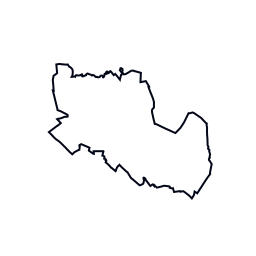 Santau, Satu Mare, Romania, rotated 49°
{"feature_id": "2599482B85959767419228", "entity_name": "Santau", "entity_type": "district", "adm_level": 2, "iso_a3": "ROU", "parent_name": "Romania", "parent_adm1": "Satu Mare", "projection": "robinson", "projection_center": [22.467, 47.514], "detail": "fine", "context": "isolated", "style": "outline", "palette": "ink", "viewbox_px": 256, "rotation_deg": 49, "n_neighbors": 0, "source": "geoboundaries", "source_scale": "gbopen_adm2", "svg_char_len": 5495}
<svg xmlns="http://www.w3.org/2000/svg" viewBox="0 0 256 256"><g transform="rotate(49 128 128)"><path d="M84.4,190.0L84.5,190.1L87.7,189.9L89.9,189.6L90.8,189.3L92.4,188.9L95.3,188.5L100.8,188.1L101.2,188.0L104.7,188.0L105.4,187.8L107.2,187.8L111.3,187.3L111.1,184.2L111.6,182.1L112.3,179.4L112.5,179.0L109.8,176.0L108.7,176.7L108.9,176.4L109.0,176.3L109.5,173.9L117.6,170.0L119.4,172.4L124.6,171.1L125.1,170.7L123.0,169.2L125.3,166.4L129.4,161.8L129.5,161.8L130.6,163.5L131.1,164.1L131.8,165.2L132.0,165.4L132.2,165.2L133.3,164.8L134.0,164.5L134.3,164.7L134.6,164.9L135.2,165.8L135.5,166.1L136.0,165.7L137.0,165.4L137.4,165.4L137.5,165.6L137.7,166.2L138.0,166.2L138.3,166.1L138.6,166.0L139.3,167.4L140.3,167.2L142.0,166.9L144.6,166.7L145.7,166.7L146.2,166.8L146.7,166.8L147.4,166.6L147.8,166.4L148.7,166.3L152.4,165.7L152.1,164.8L151.5,164.1L151.1,163.3L150.9,162.8L150.8,162.6L150.6,162.1L150.4,161.4L150.2,160.6L150.2,160.2L150.3,159.3L150.2,158.6L151.4,158.6L154.0,158.4L160.3,157.7L160.9,157.4L167.9,158.6L168.0,158.5L168.1,158.4L177.4,157.0L178.9,156.8L179.1,156.3L179.5,155.4L179.6,154.8L179.9,153.9L180.0,153.3L179.8,152.6L178.4,150.7L178.0,150.2L176.7,149.7L175.7,149.0L175.7,148.8L175.9,148.6L176.6,148.3L177.4,148.2L177.8,148.2L178.0,148.4L178.0,148.6L181.1,148.8L186.4,149.2L186.6,147.7L186.6,147.2L186.7,146.8L186.8,146.3L187.2,146.0L187.5,145.8L187.8,145.9L187.9,146.0L188.1,146.0L188.4,145.6L188.6,145.5L188.8,145.6L188.9,145.9L188.8,146.2L188.8,146.3L189.0,146.3L189.1,146.0L189.2,145.9L189.6,145.9L189.8,145.9L190.0,146.0L190.1,145.6L190.5,145.4L191.0,145.4L191.3,145.5L191.5,145.8L191.4,145.9L191.6,145.7L192.4,144.5L194.6,140.1L195.0,139.1L195.6,138.3L195.7,138.2L199.0,135.3L199.3,135.1L199.7,135.0L199.9,135.1L200.1,135.2L200.5,135.7L202.4,134.5L202.8,134.0L202.9,133.6L206.5,135.2L207.2,134.1L209.8,130.1L210.4,130.3L212.0,127.7L215.4,126.9L217.2,126.6L217.3,126.5L218.6,126.3L220.4,126.1L223.0,126.0L221.9,122.3L219.7,119.4L222.7,118.6L218.3,103.3L217.5,100.2L216.6,96.1L216.1,96.0L215.8,95.8L210.1,88.5L209.9,88.4L209.0,88.4L208.2,88.2L207.4,88.0L205.5,87.9L205.2,87.9L204.3,87.0L204.2,86.6L204.1,85.9L204.1,85.7L203.9,85.6L203.5,85.5L203.2,85.3L201.9,83.5L201.7,83.3L199.9,82.5L199.0,82.1L198.7,81.9L198.6,81.7L198.3,81.3L197.8,80.9L197.5,80.9L196.8,81.1L196.3,81.2L195.9,81.0L195.5,80.3L195.2,79.9L194.7,79.5L194.0,79.5L193.8,79.4L193.2,79.2L191.3,77.6L190.4,76.9L188.0,74.9L186.4,73.8L185.1,72.8L184.6,72.4L183.4,71.4L181.6,70.0L179.9,68.3L179.5,68.0L177.4,66.8L177.0,66.4L176.3,65.6L175.7,65.9L168.6,66.2L168.4,66.2L161.1,68.1L160.0,68.4L158.6,69.1L156.8,72.9L156.7,72.9L160.5,82.0L161.6,85.8L162.3,88.3L162.8,93.9L162.9,95.5L161.5,96.2L157.1,98.2L153.0,100.1L144.2,103.9L142.6,104.7L142.5,104.9L142.4,105.1L139.9,103.8L138.3,103.0L132.0,99.6L131.4,99.1L130.6,98.6L130.2,98.1L129.9,97.5L129.8,97.0L129.6,95.9L129.7,95.3L129.6,95.1L128.3,93.9L127.0,92.8L125.5,91.4L122.1,89.8L115.2,87.4L110.3,85.6L110.3,85.2L110.5,84.9L109.3,84.6L108.4,84.5L105.1,83.9L104.3,83.8L101.6,88.5L98.6,85.7L94.8,82.1L92.5,83.6L90.7,84.8L89.3,85.9L89.0,85.8L87.8,86.8L87.4,87.2L87.1,87.8L86.7,89.0L86.5,90.8L86.4,91.3L85.7,94.5L85.6,94.8L85.2,95.3L84.5,96.2L83.5,95.9L82.3,95.7L81.7,95.3L81.5,95.1L81.1,94.4L80.7,93.9L81.0,93.8L80.8,93.8L79.9,93.5L79.6,93.5L79.3,93.7L78.6,93.8L78.4,93.9L78.6,94.2L78.7,94.4L78.2,94.8L78.6,95.3L78.9,95.8L79.0,96.2L83.7,96.5L83.8,96.6L83.5,97.2L83.4,97.3L83.3,98.2L84.4,99.9L84.6,100.1L85.3,101.3L86.2,102.4L81.4,102.2L78.8,102.2L78.8,102.4L78.7,104.1L74.9,103.9L73.7,103.9L73.5,104.0L73.4,104.1L73.4,104.3L73.7,105.1L73.8,106.4L73.8,106.6L73.1,106.6L72.7,106.4L72.4,106.4L72.2,106.4L71.9,106.6L71.7,106.8L71.5,107.1L71.5,107.4L71.5,107.5L71.6,107.8L72.7,107.9L73.0,108.0L73.1,108.3L73.1,108.6L73.0,108.9L72.8,109.1L72.6,109.2L72.1,109.4L72.0,109.5L71.9,109.8L71.8,110.1L72.0,110.4L72.7,111.1L73.0,111.5L73.3,111.9L73.4,112.2L73.5,112.7L73.6,113.4L73.5,113.5L73.2,113.6L72.3,113.0L72.0,112.9L71.9,113.0L71.7,113.0L71.1,113.6L70.8,114.0L70.6,114.4L70.6,114.6L70.7,115.0L70.8,115.2L70.9,115.6L70.8,116.1L70.4,117.0L70.2,117.3L69.9,117.5L69.1,117.8L68.9,118.0L68.9,118.3L68.8,118.5L68.4,118.8L67.9,119.0L66.4,119.0L65.9,119.2L64.9,119.7L64.8,120.0L64.8,120.7L64.7,120.8L64.0,120.9L63.5,121.1L62.6,121.5L62.3,121.8L61.8,122.1L60.8,122.5L60.4,122.7L60.3,123.2L60.1,124.2L60.2,124.5L60.5,124.9L60.6,125.0L60.5,125.4L60.3,125.8L59.8,127.3L59.6,127.8L59.5,128.2L59.3,128.4L58.9,128.6L58.4,128.6L58.1,128.4L57.7,127.6L57.4,127.4L57.3,127.5L57.2,127.7L57.0,128.7L56.9,129.0L56.7,129.9L56.0,130.6L55.7,131.1L55.5,131.4L55.2,131.6L54.4,132.2L54.1,132.5L54.2,133.0L54.7,134.2L54.1,134.4L53.9,134.6L53.1,136.1L52.4,137.0L52.3,136.8L52.2,136.2L52.1,135.9L51.5,135.0L50.3,133.7L49.7,133.1L48.1,131.9L47.8,131.7L46.8,131.5L45.2,131.5L44.6,131.6L43.3,132.1L42.9,132.1L42.6,132.1L40.5,131.8L40.3,132.2L39.0,133.7L37.7,134.9L37.7,135.0L37.3,135.3L36.1,136.5L35.3,137.1L35.0,137.5L34.7,137.8L34.1,138.5L34.0,138.8L33.0,140.4L40.1,145.5L40.1,145.9L40.1,146.2L40.0,147.6L39.9,148.8L39.8,149.3L39.8,150.0L40.5,150.8L41.0,151.4L41.3,151.9L42.4,153.2L42.6,153.4L46.0,155.8L51.1,159.6L50.4,160.1L66.3,168.3L68.1,169.2L68.3,169.4L69.6,168.7L70.0,168.5L70.6,168.1L71.9,167.5L73.8,166.8L75.2,166.2L78.5,165.0L79.3,165.6L79.8,166.1L78.8,167.5L78.0,168.5L77.9,168.8L77.7,169.0L77.6,169.7L77.5,170.0L76.9,171.3L76.7,172.1L76.3,172.9L76.2,173.1L75.2,174.6L74.8,175.7L78.3,175.5L80.2,175.5L80.1,179.7L79.9,179.9L79.2,190.4L84.4,190.0Z" fill="none" stroke="#020617" stroke-width="2"/></g></svg>